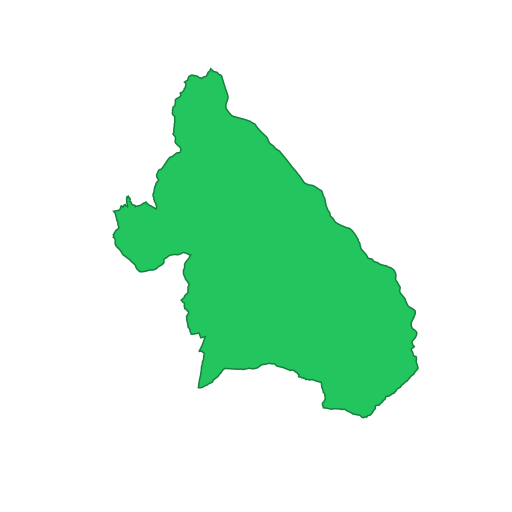 the district of Brebu, Prahova, Romania, rotated 157°
{"feature_id": "2599482B17344347957836", "entity_name": "Brebu", "entity_type": "district", "adm_level": 2, "iso_a3": "ROU", "parent_name": "Romania", "parent_adm1": "Prahova", "projection": "albers", "projection_center": [25.796, 45.203], "detail": "fine", "context": "isolated", "style": "filled", "palette": "green", "viewbox_px": 512, "rotation_deg": 157, "n_neighbors": 0, "source": "geoboundaries", "source_scale": "gbopen_adm2", "svg_char_len": 6104}
<svg xmlns="http://www.w3.org/2000/svg" viewBox="0 0 512 512"><g transform="rotate(157 256 256)"><path d="M369.6,352.8L369.0,350.3L369.4,346.8L370.2,343.0L369.9,341.0L370.6,339.6L371.0,337.6L370.8,336.1L372.4,334.9L374.6,334.5L379.1,331.3L379.2,329.9L380.1,328.9L379.5,328.2L379.2,326.8L379.6,325.2L381.0,322.0L381.0,321.4L380.7,319.3L378.7,314.3L378.0,309.3L373.7,301.9L373.0,299.8L370.9,295.4L370.7,294.7L370.9,291.9L370.8,291.0L369.3,287.2L367.8,286.2L364.1,285.2L359.5,284.6L356.2,283.3L352.8,283.2L349.7,284.4L347.0,284.5L344.4,285.2L343.1,286.2L342.4,288.4L341.9,289.0L338.8,289.4L336.4,290.2L334.3,290.2L330.3,289.2L327.4,287.6L324.1,287.4L322.5,287.7L321.5,287.6L319.2,285.9L316.8,283.1L315.7,282.6L319.1,279.9L323.2,277.8L324.7,276.5L325.3,275.7L326.2,273.3L328.2,271.3L329.1,269.9L329.9,266.9L329.7,264.5L330.0,262.0L329.1,259.7L329.2,258.5L328.8,257.6L328.5,256.0L330.5,254.3L332.8,249.3L333.8,248.5L336.7,247.5L338.8,245.6L342.1,244.6L341.8,244.0L341.4,242.1L340.3,240.4L341.0,238.9L341.6,238.3L341.6,237.3L342.2,235.4L340.6,233.6L340.8,232.4L340.0,231.6L339.9,231.0L340.1,230.3L340.7,229.5L343.5,227.6L344.1,225.4L344.7,224.1L345.5,219.5L346.3,217.4L345.6,214.7L345.6,214.0L346.1,212.6L346.2,211.3L345.9,210.1L346.2,209.3L343.7,208.4L338.5,207.3L338.8,202.3L334.3,201.5L340.1,195.2L345.5,190.5L345.3,190.2L343.9,190.1L343.4,189.8L341.7,186.5L341.8,186.1L343.0,184.5L344.9,181.0L346.7,179.5L347.6,177.5L349.6,175.1L350.9,172.4L354.1,167.2L356.4,164.1L360.5,157.4L359.0,156.5L356.9,156.1L354.3,156.4L350.8,156.4L349.9,156.8L348.4,156.9L345.7,156.9L345.1,157.2L343.6,158.6L338.1,159.9L335.4,161.7L333.8,162.1L332.8,163.0L331.0,164.1L328.5,164.6L317.6,159.2L314.3,157.9L311.9,156.4L306.4,155.5L302.8,153.2L298.5,152.5L293.1,153.7L289.7,152.7L285.8,152.1L283.3,150.3L281.2,149.9L280.1,147.0L279.5,146.3L274.6,142.7L269.4,137.5L268.8,137.1L267.4,137.0L265.8,135.9L265.2,134.2L264.0,132.9L263.7,131.3L263.0,130.3L263.0,129.8L263.9,128.5L263.8,127.9L262.3,127.4L261.4,125.9L260.0,125.3L260.1,125.0L258.7,123.9L258.3,122.7L256.7,122.4L255.3,121.0L252.9,120.4L251.8,119.7L250.0,117.8L245.3,114.1L246.8,109.2L246.7,106.6L247.3,104.1L246.8,102.6L246.8,101.7L248.0,97.5L250.7,95.2L251.9,94.9L252.4,94.4L253.0,92.9L253.0,90.4L253.3,90.0L249.7,87.9L246.3,85.4L243.9,85.0L239.3,82.8L237.0,81.2L234.1,80.3L233.1,78.4L229.5,74.3L228.4,72.5L227.6,72.2L226.4,71.2L225.7,71.1L224.7,69.9L222.8,69.2L221.3,65.8L220.6,65.3L219.6,65.1L218.9,65.4L218.2,65.3L217.3,64.3L215.3,65.4L213.4,64.9L212.7,65.1L211.1,65.7L207.3,68.3L206.1,68.7L205.5,69.4L205.1,70.8L204.4,71.4L202.7,71.3L200.9,70.6L199.4,71.4L196.2,72.4L195.6,73.2L193.4,73.6L192.5,74.3L191.8,75.5L191.3,75.8L188.2,75.1L183.8,76.0L182.4,75.8L181.4,76.5L180.4,76.7L179.2,77.7L177.7,78.5L174.7,78.7L171.7,80.5L169.9,80.7L168.2,81.6L165.9,81.9L159.5,85.1L157.1,85.5L155.1,87.0L152.1,88.4L150.6,89.5L150.2,92.0L150.0,96.0L149.7,96.3L149.3,97.5L148.6,98.2L147.9,100.5L148.1,101.0L149.3,101.8L149.8,102.7L149.9,103.4L149.4,106.1L149.8,109.1L149.0,109.9L146.4,110.3L145.7,110.8L146.4,113.0L146.2,115.3L145.9,116.3L141.3,118.6L139.8,119.9L138.7,121.1L138.0,122.5L137.9,123.3L139.0,126.1L139.9,127.1L140.5,129.2L140.2,131.6L139.4,133.4L138.1,135.0L134.6,137.9L131.9,140.7L131.0,143.0L131.1,143.9L132.7,146.7L134.2,148.3L135.6,150.7L135.8,155.8L135.5,158.5L137.5,165.2L137.7,167.1L135.6,170.7L135.5,171.4L136.0,174.2L136.2,177.0L136.6,178.3L136.6,180.3L134.8,183.2L134.3,185.4L134.3,187.4L134.4,188.6L135.0,190.0L136.8,192.9L138.4,194.0L139.8,196.0L142.0,197.4L145.2,200.1L145.9,201.0L146.5,202.4L148.2,203.5L149.6,204.9L150.0,206.0L150.2,207.6L153.7,210.2L154.0,213.9L155.8,219.4L156.6,222.4L156.1,223.6L156.0,225.3L155.6,226.5L155.5,227.5L155.9,229.9L155.5,231.4L156.0,233.9L156.0,235.4L157.3,241.0L159.0,244.8L161.8,246.9L166.9,252.2L169.5,255.7L170.1,257.7L170.4,260.5L172.0,263.8L171.2,266.9L171.9,270.5L171.8,275.0L170.2,282.3L170.5,284.6L170.4,287.0L170.0,288.8L170.1,290.4L171.9,292.7L175.1,297.6L176.8,299.2L179.6,300.8L182.8,304.2L184.9,313.8L185.3,314.6L186.1,318.3L187.9,323.6L190.0,331.9L193.4,343.4L196.1,347.4L196.9,350.3L199.5,354.7L199.5,360.3L200.1,362.2L202.7,368.1L204.5,373.2L205.6,378.2L207.2,379.8L208.8,382.3L213.0,386.1L222.4,393.4L223.7,395.2L224.7,398.3L226.0,403.7L224.4,407.3L220.1,412.2L219.3,414.4L218.8,419.5L218.8,421.7L217.3,435.2L218.0,436.6L219.3,437.7L220.0,440.2L222.9,442.4L224.5,446.1L226.0,444.5L228.3,443.8L229.4,442.7L229.5,442.3L231.8,440.9L234.7,441.3L236.5,440.6L237.5,441.7L238.7,442.5L239.8,444.5L244.4,447.7L247.5,447.5L249.1,446.1L249.8,444.8L253.9,444.0L253.2,442.3L253.5,441.1L254.5,439.7L255.1,439.4L255.3,438.5L256.8,437.9L257.5,436.7L260.0,435.6L262.2,435.6L262.2,433.5L263.3,432.6L265.3,432.0L267.7,431.9L269.3,431.2L270.3,428.7L271.5,426.7L272.5,425.8L274.0,425.5L274.5,425.1L274.8,424.1L275.6,423.4L276.2,421.8L277.3,420.1L277.3,418.4L276.4,416.4L276.5,415.4L277.1,414.4L278.5,410.9L279.8,409.1L280.3,407.5L281.7,405.8L282.1,404.3L282.7,403.7L283.2,402.1L284.6,400.9L284.7,400.3L283.8,397.6L283.8,396.8L284.6,394.8L285.7,393.0L286.0,391.8L284.8,388.6L283.3,385.5L283.6,383.0L283.9,382.5L285.6,381.0L286.2,381.0L288.2,381.8L290.4,381.5L291.6,380.9L295.0,380.2L296.2,380.6L298.1,379.9L308.2,373.4L309.6,372.9L311.2,373.2L312.3,372.8L315.7,369.6L316.2,368.7L316.5,367.0L316.0,365.5L316.1,364.0L317.2,363.1L319.1,362.4L319.6,361.9L319.7,361.4L320.2,361.2L320.8,360.3L321.9,359.5L324.1,356.4L324.5,355.3L326.8,352.9L326.8,352.0L327.4,351.1L327.3,349.2L328.0,347.8L327.9,346.7L328.1,346.1L327.8,343.2L328.1,341.6L328.1,340.7L329.3,338.4L330.2,339.1L333.1,343.2L334.2,344.2L335.2,345.8L335.5,346.9L336.1,347.4L336.0,348.5L338.7,348.6L341.4,348.0L343.8,347.9L346.2,348.5L347.7,348.5L347.6,349.8L349.9,351.7L350.1,352.6L349.9,354.2L350.5,355.3L350.6,355.9L349.5,357.7L349.7,358.8L350.2,359.6L350.6,359.8L350.1,360.4L350.2,361.1L351.8,360.8L351.8,360.3L352.8,359.3L353.4,357.3L354.1,355.7L354.5,352.7L355.0,351.6L355.4,352.5L356.1,352.9L356.3,354.4L357.2,354.5L357.8,354.3L359.3,352.9L360.3,354.8L360.8,354.7L362.8,352.1L363.8,351.8L365.0,351.8L369.6,352.8Z" fill="#22c55e" stroke="#15803d" stroke-width="1.5"/></g></svg>